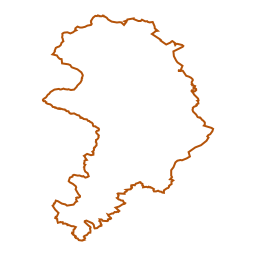 Birr Lea-6, Offaly, Ireland
{"feature_id": "5873133B95472927677681", "entity_name": "Birr Lea-6", "entity_type": "district", "adm_level": 2, "iso_a3": "IRL", "parent_name": "Ireland", "parent_adm1": "Offaly", "projection": "robinson", "projection_center": [-7.878, 53.106], "detail": "fine", "context": "isolated", "style": "outline", "palette": "amber", "viewbox_px": 256, "rotation_deg": 0, "n_neighbors": 0, "source": "geoboundaries", "source_scale": "gbopen_adm2", "svg_char_len": 5692}
<svg xmlns="http://www.w3.org/2000/svg" viewBox="0 0 256 256"><path d="M163.9,192.8L163.9,190.4L166.7,188.4L168.3,187.9L169.1,186.7L168.9,186.1L169.1,185.7L171.6,184.0L171.4,181.8L173.2,180.4L171.8,179.6L170.1,179.3L172.0,177.1L171.2,175.6L171.2,170.2L173.5,167.2L175.4,162.4L177.4,160.7L180.4,160.0L182.0,160.3L186.7,158.4L189.9,156.5L188.6,152.1L195.3,147.4L201.0,145.2L206.5,140.8L208.5,137.6L207.3,136.4L208.3,135.1L210.2,134.2L212.4,131.2L213.1,128.9L211.5,127.9L203.9,125.6L204.8,124.5L204.8,122.4L203.2,120.6L202.1,119.9L200.6,118.0L200.2,118.0L199.9,117.4L198.4,117.4L197.6,117.0L196.2,114.6L193.1,111.6L192.5,109.8L192.9,108.8L192.8,107.9L193.9,106.8L196.4,105.8L196.8,105.4L196.4,104.7L196.6,104.3L198.4,103.5L198.0,101.3L197.4,100.8L198.5,100.4L198.1,98.6L193.9,94.4L193.6,93.6L191.5,91.0L191.8,90.4L192.7,90.6L193.7,91.5L194.8,91.3L196.2,90.1L196.1,89.0L195.4,88.6L193.5,88.7L193.5,87.6L194.6,87.3L195.1,86.1L192.8,85.3L192.3,85.4L191.7,84.5L192.4,84.0L191.7,83.1L191.7,82.1L192.8,80.2L192.7,79.4L191.1,77.8L188.8,76.6L186.2,75.8L182.8,70.8L181.9,70.6L180.9,71.0L178.8,71.0L178.6,70.4L178.0,70.2L180.6,70.4L182.5,65.8L177.5,62.4L176.2,60.6L173.9,56.2L173.4,51.4L182.7,46.8L183.3,46.0L182.1,45.0L177.6,43.9L176.2,43.9L175.2,45.1L174.7,43.9L174.9,43.0L172.4,41.1L171.6,41.4L170.4,42.6L166.2,44.5L160.6,40.6L160.9,40.1L160.0,39.3L151.9,34.0L154.6,32.1L155.5,31.1L157.7,30.8L154.8,28.4L154.6,26.4L152.7,22.0L149.5,22.4L147.8,21.9L147.2,21.2L145.3,21.4L141.9,19.7L140.7,21.0L138.4,21.0L133.7,19.1L133.7,18.4L127.4,19.5L127.1,20.4L124.6,21.3L126.2,22.1L124.0,25.0L121.3,22.4L119.5,22.2L116.9,22.5L111.7,21.6L108.1,19.5L106.8,17.8L104.8,16.6L104.2,16.6L103.7,15.7L102.8,15.6L102.7,16.0L101.5,16.3L99.4,16.2L99.4,15.9L97.8,15.4L97.0,16.1L95.3,15.9L93.1,17.6L90.9,21.1L91.2,21.9L91.0,22.8L91.7,23.8L91.5,24.4L90.9,25.0L87.4,25.6L85.1,26.8L82.2,27.5L79.8,27.5L77.5,26.6L75.4,28.3L75.2,29.5L76.3,30.3L74.6,31.0L73.0,32.3L70.3,33.4L67.4,32.3L64.2,32.6L62.7,33.4L62.3,33.8L62.5,35.3L62.1,37.3L62.9,39.2L62.8,39.9L63.4,41.2L61.5,42.9L60.7,45.2L58.8,46.7L57.5,47.0L55.8,47.9L54.7,50.8L54.9,51.3L53.8,53.1L52.5,54.4L57.0,55.5L58.0,57.2L59.6,58.8L61.6,59.1L62.1,63.4L68.3,64.3L70.3,65.1L71.3,66.8L72.0,67.4L77.4,69.3L81.4,72.4L82.8,75.2L82.4,76.9L81.9,77.6L82.1,78.5L81.6,79.0L81.7,80.2L80.4,82.6L77.3,85.6L76.7,86.8L74.1,89.6L70.9,90.0L68.4,89.2L67.5,89.5L64.6,89.1L63.6,88.6L61.2,89.4L60.1,89.5L58.9,88.9L54.4,89.6L50.5,92.0L49.1,93.9L47.8,94.7L46.1,97.3L43.5,99.0L42.9,99.9L43.0,100.5L43.7,101.2L45.1,101.1L45.7,102.0L46.2,102.2L46.0,102.8L47.3,103.7L50.4,104.4L51.9,105.6L52.7,106.9L54.8,107.2L54.9,107.6L55.9,107.6L56.2,108.1L57.0,108.2L58.1,108.8L58.7,108.4L58.9,108.8L60.0,109.0L60.2,108.5L63.2,109.4L64.7,109.5L64.8,109.8L65.8,110.2L66.4,111.1L68.5,111.3L69.2,112.7L70.0,113.4L70.7,113.4L71.0,113.8L74.1,113.4L77.1,115.0L79.2,115.5L80.1,116.8L80.7,117.1L80.3,117.2L80.4,117.8L82.6,118.1L83.6,119.0L86.9,119.4L88.1,120.9L89.3,121.0L90.1,121.9L91.9,122.7L92.8,123.8L92.9,125.1L93.4,126.2L95.5,126.4L96.0,127.0L98.6,128.4L99.0,129.2L98.6,130.5L97.0,130.8L96.1,131.8L96.4,133.0L98.8,135.4L98.4,136.2L98.7,137.0L98.2,138.2L97.2,139.4L96.0,140.0L96.1,141.4L95.8,141.9L96.6,143.3L96.5,145.5L95.3,146.5L95.0,147.4L94.1,147.6L93.8,148.4L94.0,149.7L93.7,150.7L92.4,151.7L93.4,152.7L93.2,153.1L93.5,153.8L93.2,154.1L93.3,154.7L91.0,155.2L87.1,153.9L84.0,155.9L85.0,156.9L85.1,157.6L86.8,159.9L85.3,160.2L84.5,160.7L84.5,162.1L84.0,163.3L84.4,164.4L85.3,164.7L84.0,167.0L84.3,167.2L84.3,169.2L85.2,171.5L87.7,173.3L88.7,176.3L87.2,177.1L85.3,177.6L83.2,176.1L82.2,176.5L79.6,175.5L77.6,175.6L74.0,174.8L72.7,175.4L72.5,176.6L69.9,177.6L68.8,180.8L68.7,181.2L70.0,182.4L72.9,183.9L75.8,186.3L76.2,187.3L75.6,189.3L78.5,194.3L80.0,195.9L80.0,196.8L78.5,197.7L77.2,197.4L76.3,197.8L76.5,198.2L76.1,199.6L76.9,201.1L76.4,201.1L76.3,201.7L75.5,202.1L73.6,204.6L67.0,205.6L65.4,204.4L61.9,203.6L57.9,201.2L55.8,200.6L55.2,202.4L54.6,203.4L53.9,203.5L53.8,204.7L52.6,205.7L55.2,209.6L58.5,212.9L56.7,216.8L55.7,216.8L55.2,218.0L57.2,219.0L57.3,220.6L57.9,222.8L60.6,222.0L61.0,222.3L62.7,222.2L63.1,223.7L65.1,223.5L67.5,224.3L67.5,225.1L69.0,225.1L71.5,226.2L73.3,226.2L75.8,227.1L74.5,229.1L73.6,229.6L73.3,233.3L72.1,232.8L72.0,233.3L72.8,233.6L72.8,234.4L75.5,236.1L75.3,236.4L75.7,236.6L75.2,237.3L75.9,238.1L77.7,238.5L78.8,240.1L82.1,240.6L83.3,240.2L83.0,240.1L83.6,239.6L84.3,239.6L85.1,238.2L83.8,236.8L84.3,236.0L87.0,234.9L88.7,232.7L90.3,232.7L90.5,230.9L90.0,228.6L90.6,227.7L90.3,226.9L88.2,225.3L84.7,222.0L84.8,221.1L86.4,220.6L92.3,223.2L93.7,224.8L94.4,228.0L94.7,228.4L97.1,228.1L98.9,226.5L100.9,225.9L100.6,225.5L101.5,224.9L100.7,223.9L100.9,223.4L100.5,222.8L100.5,222.0L99.3,221.0L100.0,219.7L99.8,219.4L101.6,219.5L102.8,220.8L107.2,221.1L108.1,220.6L107.9,219.4L109.0,219.0L110.1,219.1L111.1,218.5L111.0,218.0L108.7,216.1L107.9,214.6L108.6,214.9L112.1,213.4L113.0,213.6L114.7,212.0L116.1,212.2L117.2,211.7L118.2,212.0L119.3,211.0L115.6,207.6L119.2,206.5L122.6,204.3L124.7,203.8L125.2,203.2L123.8,202.4L122.9,200.6L120.9,200.4L119.7,199.6L118.6,199.4L117.0,198.0L118.0,197.5L118.3,196.7L118.1,196.1L118.6,195.3L117.6,193.7L118.1,193.4L124.6,193.8L124.5,192.7L124.8,192.2L126.4,191.5L127.2,190.5L126.2,189.8L130.6,189.3L131.1,188.8L131.0,188.3L131.8,188.1L132.1,187.2L131.1,186.2L131.3,185.3L133.6,185.0L134.8,185.3L135.8,183.7L139.0,182.7L139.4,182.2L140.5,182.2L141.0,183.2L142.4,183.8L142.3,185.4L143.0,185.5L143.3,186.1L143.1,187.3L146.3,186.8L147.8,187.3L148.7,186.7L149.1,187.2L150.2,187.1L150.4,187.5L151.2,187.5L153.9,189.1L153.4,190.2L154.0,191.4L156.1,191.4L158.1,190.7L159.5,191.5L161.5,191.8L162.2,192.5L163.9,192.8Z" fill="none" stroke="#b45309" stroke-width="2"/></svg>